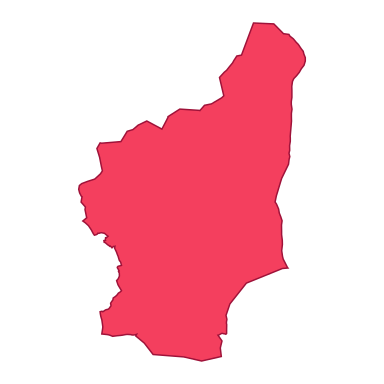 Obi Nwga, Abia, Nigeria (orthographic projection)
{"feature_id": "59680162B7784772599553", "entity_name": "Obi Nwga", "entity_type": "district", "adm_level": 2, "iso_a3": "NGA", "parent_name": "Nigeria", "parent_adm1": "Abia", "projection": "orthographic", "projection_center": [7.438, 5.164], "detail": "fine", "context": "isolated", "style": "filled", "palette": "rose", "viewbox_px": 384, "rotation_deg": 0, "n_neighbors": 0, "source": "geoboundaries", "source_scale": "gbopen_adm2", "svg_char_len": 3560}
<svg xmlns="http://www.w3.org/2000/svg" viewBox="0 0 384 384"><path d="M280.5,182.1L281.7,178.3L288.5,164.3L289.1,159.4L289.8,156.6L289.0,153.2L289.7,150.4L289.6,145.5L290.3,141.3L290.3,137.8L290.2,136.5L291.5,121.1L291.4,116.9L291.4,115.9L291.4,113.4L292.0,109.2L291.3,104.4L291.3,101.6L291.9,97.4L291.9,93.9L291.9,90.4L291.8,86.3L292.5,81.4L293.8,78.6L296.5,75.8L297.4,74.7L299.3,72.3L301.3,68.8L304.0,65.3L305.3,61.1L305.3,57.6L303.9,54.1L303.2,51.3L301.1,48.6L298.3,44.4L296.2,42.3L293.4,38.9L289.9,36.1L288.9,34.4L283.5,33.7L273.8,23.9L253.5,23.0L241.5,55.1L236.8,56.0L233.7,60.8L232.6,62.9L232.5,63.0L229.5,66.6L226.6,70.3L224.3,72.2L219.9,77.0L219.5,77.5L223.8,95.8L221.7,97.8L211.4,103.9L204.5,105.3L199.9,110.6L199.5,110.4L179.8,109.1L168.0,116.6L168.1,117.1L167.9,117.5L166.4,120.5L163.9,125.3L161.9,129.1L146.8,121.0L138.2,125.1L132.9,129.6L127.2,131.3L123.5,137.4L120.9,141.6L101.6,143.2L100.1,142.9L96.9,148.5L99.6,157.3L101.4,166.5L102.4,170.9L100.4,173.9L94.7,179.1L87.5,181.4L81.7,183.6L79.4,185.5L78.7,189.3L79.6,192.9L81.3,196.2L82.0,196.7L81.1,202.1L85.4,207.0L85.0,209.6L86.7,217.8L82.8,221.0L85.3,222.8L88.5,225.7L91.3,229.9L93.2,233.5L94.4,235.2L95.8,234.8L96.4,234.6L96.9,234.3L97.4,234.0L97.7,233.3L98.3,233.3L99.0,233.3L99.9,233.0L101.2,232.7L102.1,232.8L103.3,233.1L104.2,233.2L104.6,233.4L106.6,235.1L107.4,235.7L108.1,236.2L107.8,236.5L107.6,236.5L107.3,236.7L106.8,237.4L106.4,237.8L106.2,237.7L105.6,237.7L105.6,238.3L105.4,238.9L105.3,239.4L105.3,239.8L105.5,240.4L103.9,240.6L104.0,241.2L104.1,241.7L104.1,242.1L104.2,242.3L104.7,242.3L104.9,242.5L105.4,242.8L105.9,243.2L107.1,244.3L108.0,245.0L109.0,245.6L109.4,246.0L109.8,246.3L110.1,246.0L110.8,246.6L111.5,247.1L111.6,247.3L112.0,247.8L112.6,247.3L113.1,246.7L113.5,246.4L113.8,246.4L114.1,246.5L114.6,246.4L114.9,246.3L114.6,248.2L114.9,248.7L115.7,250.4L116.5,252.1L117.5,254.9L117.9,255.7L118.2,256.6L118.6,258.0L119.2,260.0L119.5,260.7L119.8,261.0L120.4,261.7L120.7,262.4L121.2,264.2L121.5,265.4L118.8,266.1L118.1,266.3L117.5,266.9L117.3,267.4L117.3,267.7L118.1,269.0L118.8,270.5L119.1,270.9L118.5,271.3L118.7,271.9L119.0,272.5L119.3,273.0L119.4,276.1L118.2,278.8L116.6,280.6L118.0,284.8L119.4,287.2L121.5,290.7L120.3,291.9L119.2,292.6L118.4,293.1L117.0,295.0L115.4,296.5L113.2,298.0L113.1,298.6L113.0,299.5L112.8,300.0L111.6,301.7L110.9,302.8L110.6,303.2L110.7,304.2L111.0,305.0L110.9,305.7L110.8,306.2L110.2,306.9L109.7,307.7L109.1,308.4L108.6,309.0L107.8,309.3L107.1,309.5L106.4,309.6L105.4,310.0L104.8,310.4L103.1,311.6L102.7,311.7L102.2,311.3L101.7,311.3L100.1,311.7L100.3,313.6L100.8,316.3L101.3,318.1L101.8,319.6L102.8,326.7L102.7,328.1L101.8,334.0L102.8,334.1L104.7,334.3L107.5,334.6L108.9,334.9L110.2,335.3L112.6,336.3L117.3,335.7L120.7,335.4L122.2,335.2L126.0,334.5L127.3,334.4L130.8,334.6L132.1,335.0L133.6,335.0L135.0,334.8L135.5,334.7L136.6,334.3L135.8,336.0L144.3,343.1L153.1,354.5L183.7,356.9L201.6,361.0L221.3,356.5L220.3,348.0L220.9,345.4L222.0,341.0L218.0,335.2L218.6,335.1L221.5,333.5L222.0,333.4L222.6,333.4L223.6,333.7L224.9,333.9L225.6,334.1L225.8,334.2L226.0,334.0L226.4,333.8L226.6,333.5L226.6,329.6L226.7,324.6L226.4,323.1L226.5,321.6L226.8,320.0L226.9,319.3L226.2,316.1L226.0,315.4L229.9,303.9L246.4,283.1L282.4,268.5L287.9,268.0L287.4,267.4L285.3,263.2L283.2,259.1L282.5,256.3L282.2,254.1L281.7,250.7L282.4,244.5L282.3,240.3L281.6,234.7L281.6,231.2L281.5,225.0L282.1,220.8L280.7,216.6L279.3,213.1L278.6,209.0L276.5,204.1L275.1,202.0L276.2,196.6L276.4,195.7L277.2,193.1L280.5,182.1Z" fill="#f43f5e" stroke="#9f1239" stroke-width="1.5"/></svg>